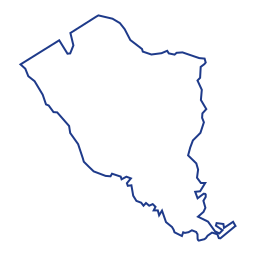 Colleton, South Carolina, United States of America
{"feature_id": "52423323B97274503585716", "entity_name": "Colleton", "entity_type": "district", "adm_level": 2, "iso_a3": "USA", "parent_name": "United States of America", "parent_adm1": "South Carolina", "projection": "mercator", "projection_center": [-80.565, 32.826], "detail": "fine", "context": "isolated", "style": "outline", "palette": "blue", "viewbox_px": 256, "rotation_deg": 0, "n_neighbors": 0, "source": "geoboundaries", "source_scale": "gbopen_adm2", "svg_char_len": 1569}
<svg xmlns="http://www.w3.org/2000/svg" viewBox="0 0 256 256"><path d="M20.5,64.4L25.3,68.7L28.3,76.2L34.6,81.2L42.7,94.7L46.0,104.4L48.7,105.5L53.5,112.1L57.2,112.4L69.1,126.0L70.2,133.0L78.1,144.1L82.9,158.5L83.8,161.7L88.8,166.7L93.7,171.4L105.6,175.9L110.5,176.3L112.0,173.7L120.7,176.6L121.6,179.3L126.4,176.7L130.9,178.4L126.9,183.2L127.8,185.8L131.4,185.3L133.2,195.7L136.4,200.9L141.2,202.7L143.5,205.7L146.0,203.0L149.2,205.7L152.7,204.1L155.5,206.8L153.7,210.4L157.8,210.4L159.1,215.3L162.0,210.6L166.0,222.1L172.0,227.0L173.6,229.7L174.5,232.3L181.9,236.0L183.2,232.3L184.9,232.9L188.5,232.2L191.9,230.3L196.2,232.0L197.0,233.5L197.5,234.2L197.6,238.9L198.2,240.2L198.8,240.6L204.4,239.2L205.9,238.1L207.6,235.7L212.0,232.6L217.4,234.3L218.8,238.1L220.4,238.3L235.0,226.3L235.5,226.0L233.1,221.8L224.0,227.9L223.4,224.0L216.6,223.1L215.9,225.6L222.5,230.2L219.4,233.4L215.0,231.3L208.0,221.6L198.0,216.7L203.5,211.9L205.4,207.8L203.4,200.8L205.7,196.9L205.7,194.5L205.2,193.9L203.7,193.7L197.6,198.3L195.2,191.8L200.1,191.3L205.2,183.0L200.9,183.0L197.0,177.7L198.1,169.6L196.3,163.4L188.1,155.4L190.2,147.6L192.9,140.4L200.4,132.9L203.9,122.3L202.1,117.8L202.4,113.4L206.3,109.1L200.9,100.0L201.8,89.8L197.5,80.5L200.1,77.8L200.7,66.9L204.4,64.1L205.7,62.5L204.6,58.6L199.2,58.1L182.5,52.4L176.6,52.8L174.6,54.6L168.8,53.4L167.2,50.8L161.5,53.2L151.4,54.5L142.8,51.6L142.0,49.0L130.3,40.0L124.7,29.2L119.9,23.1L112.5,18.7L98.4,15.4L96.3,16.6L70.4,33.0L73.4,45.4L70.2,53.4L67.5,53.7L59.2,40.3L20.5,64.4Z" fill="none" stroke="#1e3a8a" stroke-width="2"/></svg>